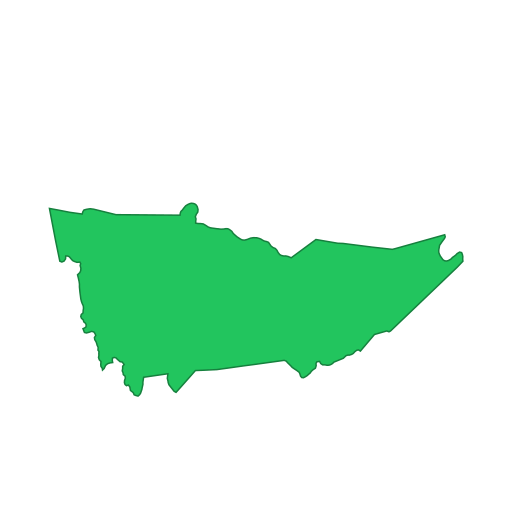 outline of Mirangaba, Bahia, Brazil, rotated 155°
{"feature_id": "56859067B52405127182950", "entity_name": "Mirangaba", "entity_type": "district", "adm_level": 2, "iso_a3": "BRA", "parent_name": "Brazil", "parent_adm1": "Bahia", "projection": "orthographic", "projection_center": [-40.673, -10.821], "detail": "fine", "context": "isolated", "style": "filled", "palette": "green", "viewbox_px": 512, "rotation_deg": 155, "n_neighbors": 0, "source": "geoboundaries", "source_scale": "gbopen_adm2", "svg_char_len": 3657}
<svg xmlns="http://www.w3.org/2000/svg" viewBox="0 0 512 512"><g transform="rotate(155 256 256)"><path d="M386.1,166.2L381.1,168.3L371.9,172.3L361.8,176.7L359.3,177.8L352.9,175.1L339.5,169.6L328.5,166.2L313.8,161.7L304.0,158.6L274.5,149.5L273.0,147.9L272.5,146.0L271.5,143.4L270.8,141.5L270.3,139.8L268.9,137.4L267.4,135.0L266.0,132.3L266.1,130.1L266.4,128.3L265.9,126.5L264.4,125.6L262.2,125.7L260.1,126.0L258.2,126.6L256.5,127.0L254.6,128.1L252.4,128.8L249.6,129.2L247.8,131.2L247.1,133.2L245.6,134.4L242.9,133.6L242.8,131.2L241.6,129.2L239.5,128.2L237.7,126.9L235.9,126.2L234.3,126.0L232.1,126.2L230.3,126.9L220.1,126.4L218.3,127.0L216.5,127.6L214.7,127.4L213.2,126.7L210.9,126.4L209.0,126.6L206.9,127.5L204.6,128.0L202.8,127.6L201.6,125.7L181.8,134.8L169.2,132.8L167.5,131.1L165.7,131.2L83.4,159.1L78.4,160.8L70.7,163.8L70.0,165.8L68.8,168.1L68.3,170.2L68.2,172.2L69.8,173.5L72.7,173.2L74.7,172.4L76.6,172.0L78.5,171.7L80.7,170.8L83.6,170.6L85.7,171.0L87.2,172.1L88.2,173.7L88.6,176.0L89.0,178.0L89.0,180.2L88.8,182.1L87.8,184.3L86.4,186.2L85.1,188.1L83.7,188.9L81.7,190.1L79.7,191.2L77.8,192.2L76.4,193.4L76.0,195.5L126.5,203.8L129.6,204.4L146.9,214.9L171.8,230.6L176.5,233.0L194.7,245.6L224.8,239.5L227.1,242.0L228.9,243.4L230.9,244.3L232.8,245.8L233.9,247.3L234.5,249.9L234.6,252.3L235.3,254.6L237.1,256.6L238.2,258.8L238.5,260.8L238.9,263.1L240.4,264.7L242.0,265.9L243.3,267.5L244.3,269.1L245.7,270.6L247.6,272.2L250.6,273.7L253.4,274.5L256.8,274.7L259.6,275.2L261.4,276.2L262.6,277.4L263.8,279.3L265.0,281.2L266.2,283.9L267.1,286.0L267.5,288.6L268.8,291.1L270.0,292.6L271.7,293.5L273.9,294.1L276.4,295.1L278.6,296.5L280.0,297.3L282.0,298.6L283.6,299.6L285.5,300.9L287.1,302.5L288.1,304.2L289.2,305.9L290.3,307.4L292.7,308.9L294.9,310.0L296.8,311.3L295.7,313.4L294.7,315.0L294.4,317.2L292.4,319.1L290.2,320.4L288.9,322.6L288.4,325.5L288.6,327.4L289.4,329.0L290.7,330.2L292.4,331.2L294.2,331.5L296.3,331.5L298.5,331.2L301.3,329.9L303.5,328.7L305.1,328.2L306.4,327.0L307.6,325.1L349.8,345.2L361.6,350.8L365.4,352.6L383.3,367.0L386.3,368.9L387.9,369.4L390.1,370.0L392.5,370.4L394.2,369.3L395.8,367.5L406.3,374.3L415.8,381.2L423.1,386.4L431.2,354.4L436.0,334.2L434.5,332.6L432.1,332.5L429.8,333.9L428.5,336.4L426.9,335.7L425.6,334.4L425.1,332.8L424.7,331.1L424.1,329.3L422.9,327.8L420.9,325.9L418.2,324.9L418.1,323.2L419.4,321.7L419.9,318.9L421.0,316.9L422.7,315.4L425.7,314.4L426.3,311.2L426.7,309.5L427.1,307.6L427.9,305.1L429.1,302.6L430.1,299.8L431.0,297.2L432.0,294.0L432.9,291.2L433.4,288.6L433.6,286.3L433.6,283.8L434.4,281.6L435.9,279.3L436.7,277.6L439.1,276.8L440.4,275.2L440.5,273.2L439.6,271.3L439.9,269.0L439.1,267.5L438.9,265.6L440.0,263.6L441.9,263.2L443.5,263.3L443.7,261.0L443.8,259.2L442.2,257.9L439.4,257.4L436.9,257.2L435.1,255.8L434.7,253.8L434.8,251.7L436.9,250.4L437.5,248.3L437.2,245.9L437.4,243.9L437.7,242.2L437.7,239.8L439.0,237.5L438.7,235.7L439.6,234.2L440.4,232.3L441.6,230.6L441.9,228.2L441.1,225.9L442.6,223.2L443.2,221.4L442.8,219.2L443.3,217.5L441.2,218.2L438.6,220.4L436.0,221.1L433.5,220.8L430.9,220.0L430.4,222.0L429.3,224.1L427.4,224.0L425.8,222.7L425.3,220.9L424.6,219.4L423.9,217.7L422.2,216.6L421.7,214.9L421.4,213.3L423.4,212.5L424.4,210.4L425.8,208.4L425.8,206.4L426.4,204.6L425.4,202.3L426.2,200.3L427.7,198.8L428.8,196.8L429.0,194.9L428.2,193.2L426.2,193.0L425.7,190.6L426.6,187.2L425.0,184.1L425.1,181.7L424.0,180.5L422.1,178.9L420.1,179.5L418.5,180.5L417.3,181.8L415.9,183.2L414.8,184.8L413.7,186.2L412.7,187.5L411.8,189.5L410.2,191.9L409.1,193.6L385.6,186.5L386.7,184.8L388.1,182.6L388.6,179.9L389.1,178.3L389.3,176.0L387.4,168.0L386.1,166.2Z" fill="#22c55e" stroke="#15803d" stroke-width="1.5"/></g></svg>